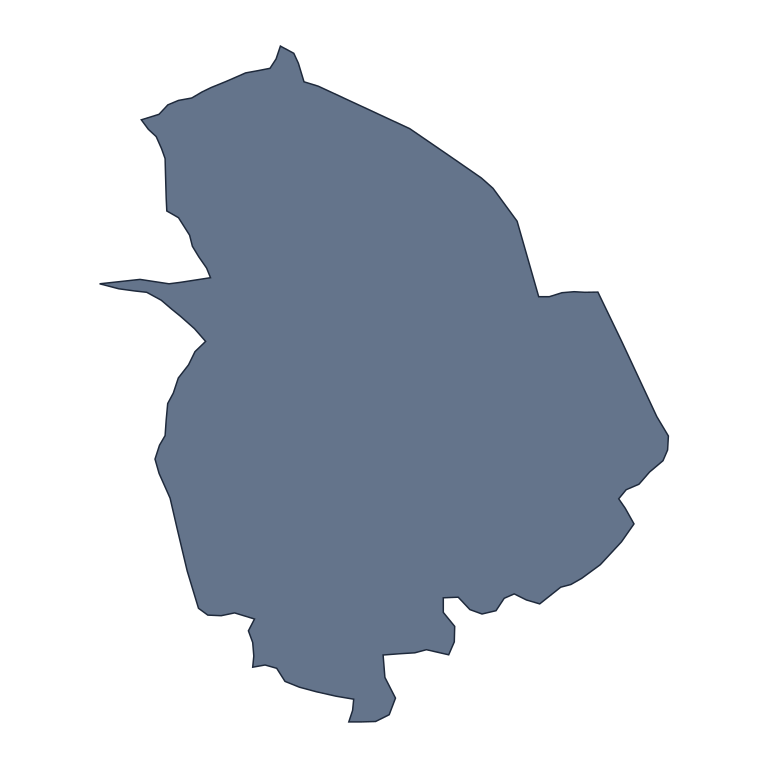 Itabaiana, Paraíba, Brazil (orthographic projection)
{"feature_id": "56859067B77861515751472", "entity_name": "Itabaiana", "entity_type": "district", "adm_level": 2, "iso_a3": "BRA", "parent_name": "Brazil", "parent_adm1": "Paraíba", "projection": "orthographic", "projection_center": [-35.366, -7.347], "detail": "fine", "context": "isolated", "style": "filled", "palette": "slate", "viewbox_px": 768, "rotation_deg": 0, "n_neighbors": 0, "source": "geoboundaries", "source_scale": "gbopen_adm2", "svg_char_len": 1617}
<svg xmlns="http://www.w3.org/2000/svg" viewBox="0 0 768 768"><path d="M493.0,188.3L481.4,178.0L451.5,157.3L409.8,128.7L318.3,86.2L304.0,81.8L298.4,63.3L293.8,53.3L280.4,46.1L276.1,58.9L270.0,68.3L257.7,70.7L245.6,72.9L235.6,77.3L225.7,81.6L211.2,87.5L202.1,91.9L191.7,98.0L178.5,100.4L167.9,104.8L159.0,114.3L141.3,119.8L148.4,129.4L156.2,136.6L161.6,148.8L165.1,158.6L165.5,174.1L166.2,198.3L166.8,211.0L178.5,217.7L189.6,235.2L192.4,246.3L198.9,257.0L206.6,268.1L210.5,277.7L180.7,282.3L169.0,283.8L140.0,279.4L99.6,283.8L118.8,288.8L135.0,291.0L146.7,292.3L161.2,300.2L171.6,309.1L180.5,316.3L194.5,328.7L205.6,341.4L195.0,351.6L188.5,364.9L178.3,378.0L173.3,393.1L167.7,403.5L166.2,419.9L165.1,435.6L159.5,445.2L155.0,459.1L159.1,473.5L164.1,484.7L170.1,498.2L176.8,527.2L187.2,571.0L198.5,608.3L207.8,615.1L221.2,615.7L234.6,612.9L254.5,619.0L248.4,630.8L252.7,642.5L253.8,656.1L252.7,667.2L265.1,665.0L276.7,668.3L285.0,681.4L299.4,687.2L316.5,691.8L336.0,696.2L353.7,699.2L352.6,710.4L348.8,721.9L361.5,721.9L375.6,721.5L389.2,714.7L395.5,698.1L384.9,677.4L383.1,655.0L400.4,653.7L414.9,652.8L426.4,649.7L448.7,654.8L454.3,641.9L454.7,626.4L443.3,612.4L443.3,597.8L458.2,597.2L469.9,609.6L482.0,614.0L496.0,610.7L504.2,598.3L514.2,593.9L526.5,600.0L539.7,603.9L560.7,587.2L570.9,584.5L581.9,578.2L600.3,564.7L621.5,541.8L634.0,523.9L625.2,508.2L618.7,498.8L626.2,489.7L639.0,484.2L649.6,472.0L663.0,460.7L667.6,450.0L668.4,436.0L656.8,416.6L621.5,341.0L597.9,292.1L584.7,292.3L574.1,291.7L562.0,292.7L549.3,296.7L538.7,296.7L517.1,221.2L493.0,188.3Z" fill="#64748b" stroke="#1e293b" stroke-width="1.5"/></svg>